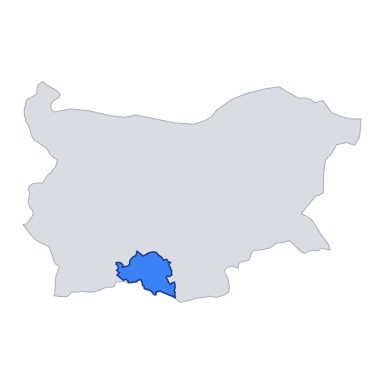 Smolyan on a map of Bulgaria (Mercator projection)
{"feature_id": "BGR-2236", "entity_name": "Smolyan", "entity_type": "Province", "adm_level": 1, "iso_a3": "BGR", "parent_name": "Bulgaria", "parent_adm1": "", "projection": "mercator", "projection_center": [24.659, 41.628], "detail": "fine", "context": "in_parent", "style": "filled", "palette": "blue", "viewbox_px": 384, "rotation_deg": 0, "n_neighbors": 0, "source": "natural_earth", "source_scale": "10m", "svg_char_len": 3856}
<svg xmlns="http://www.w3.org/2000/svg" viewBox="0 0 384 384"><path d="M330.1,249.9L322.7,248.6L320.2,249.0L318.5,250.8L315.1,250.4L310.9,250.4L306.5,252.5L304.1,253.4L300.8,251.5L294.8,245.8L291.1,241.8L288.4,240.8L285.6,242.0L275.8,243.3L273.4,245.7L268.9,248.2L264.3,249.4L257.8,250.3L254.3,250.2L252.4,251.4L250.7,255.1L249.6,258.8L248.7,260.2L240.5,262.0L238.7,264.1L238.2,266.2L238.4,268.2L231.8,266.2L226.8,267.6L225.6,269.1L224.6,271.4L225.1,273.8L227.0,276.1L228.8,282.3L229.4,288.6L228.3,292.2L224.6,294.7L216.8,297.5L209.3,296.1L206.0,297.3L200.5,297.6L195.4,298.3L187.5,300.9L180.4,302.4L174.1,297.2L166.5,293.6L158.5,291.5L155.8,293.1L154.6,294.3L147.9,289.7L145.0,288.0L143.5,286.3L140.8,280.1L139.1,279.9L133.6,282.2L128.4,282.1L125.2,281.7L115.7,281.9L114.5,286.1L113.3,286.8L111.3,287.3L106.2,287.1L99.8,290.2L92.9,292.1L87.6,292.1L82.0,291.2L78.7,291.9L71.5,292.2L67.0,296.7L59.9,296.5L54.0,295.7L54.7,294.3L55.9,276.3L58.9,268.2L58.8,266.5L58.1,265.3L55.5,264.0L53.6,259.6L49.7,248.1L47.5,245.7L41.4,243.3L36.0,240.0L31.4,235.6L23.0,224.7L27.3,223.6L28.5,221.4L32.8,215.4L33.2,212.4L32.8,210.8L30.0,207.9L28.0,201.6L29.5,195.6L29.6,192.6L28.2,189.6L29.7,185.8L32.7,183.8L34.6,183.2L42.6,182.8L47.7,175.2L50.8,172.8L54.0,168.5L55.4,167.0L56.8,163.6L57.3,160.2L51.0,155.5L48.8,151.9L46.0,147.9L42.1,145.1L34.4,140.4L31.4,135.6L30.1,129.4L28.0,124.6L25.8,121.6L25.4,119.0L24.4,116.0L24.2,109.9L26.0,101.8L27.2,99.0L29.8,98.2L36.8,93.9L37.1,88.3L38.3,84.9L40.6,82.9L42.6,81.6L46.4,84.8L55.6,89.9L60.1,93.7L59.9,96.0L57.8,98.3L53.8,100.5L51.4,103.5L50.8,107.1L51.4,109.7L54.2,112.0L70.7,109.0L87.5,110.5L110.0,115.6L125.0,117.3L136.0,115.0L156.5,119.2L175.5,123.1L193.8,124.2L204.0,121.2L211.2,117.0L217.4,109.3L232.7,99.0L247.5,93.2L266.9,88.5L279.8,86.9L281.7,88.5L298.2,98.0L305.5,98.0L311.4,99.7L313.6,102.2L315.1,102.8L323.0,100.5L326.5,105.7L332.0,112.9L341.3,116.6L349.6,118.7L352.2,119.0L361.0,118.9L359.7,136.9L354.5,145.3L346.6,142.5L336.5,144.8L331.2,154.3L328.1,157.1L325.4,160.4L323.7,172.6L323.3,192.7L319.4,195.1L315.9,195.8L301.4,213.4L309.8,218.3L313.5,222.0L319.6,232.4L328.3,244.2L330.1,249.9Z" fill="#d9dde1" stroke="#a8b0b8" stroke-width="1"/><path d="M128.7,282.8L128.2,282.6L128.1,282.2L128.3,281.6L128.2,281.0L127.1,280.3L126.3,279.3L125.3,279.4L124.3,279.9L123.4,280.4L116.9,274.9L118.3,274.0L119.4,272.7L117.9,271.7L117.4,270.8L116.6,270.4L118.2,268.7L118.1,266.4L117.3,265.3L116.3,264.5L116.1,262.7L118.1,262.4L120.8,262.8L122.9,264.8L122.7,266.1L122.3,267.4L123.3,267.5L124.3,266.5L127.4,266.4L129.7,264.3L129.8,260.9L132.1,257.7L133.6,256.7L135.7,255.7L136.5,253.3L137.1,251.3L143.2,256.0L145.7,254.8L148.4,253.0L151.2,252.2L153.9,251.9L156.5,252.6L158.5,255.2L160.9,256.7L162.2,257.9L163.3,259.9L165.0,259.8L166.5,259.3L168.5,262.1L169.6,262.1L170.5,262.5L169.5,263.6L168.9,265.0L169.5,266.3L170.4,267.6L171.0,270.0L171.8,270.8L171.4,272.2L171.5,273.9L171.9,274.5L171.7,275.1L170.4,276.1L168.9,276.5L167.6,276.2L166.5,276.7L166.5,278.3L167.5,279.6L168.3,281.8L169.4,283.9L170.7,284.5L171.6,283.0L174.5,282.2L175.1,285.5L174.8,286.5L175.1,287.1L174.9,288.9L174.1,290.5L174.6,291.4L175.2,292.3L174.9,292.9L174.8,293.6L175.2,297.0L175.2,297.8L173.1,296.8L172.9,296.6L172.5,295.9L172.4,295.7L172.1,295.7L171.2,295.9L162.3,292.1L160.7,291.1L160.0,291.0L159.4,291.1L158.3,291.5L156.2,291.7L156.0,292.6L156.2,293.9L155.7,294.9L154.6,294.9L153.4,293.8L151.6,291.4L150.6,290.5L149.6,290.0L148.5,289.8L147.3,289.8L147.6,289.1L145.7,289.2L145.0,289.0L144.1,288.2L144.1,287.9L144.2,287.1L144.2,286.8L144.0,286.5L143.4,286.2L143.2,286.0L142.9,285.6L142.7,285.3L142.4,285.0L142.3,284.4L142.1,282.4L141.4,280.5L140.3,279.4L138.8,280.1L137.6,280.3L136.5,281.9L135.7,282.1L134.5,281.9L133.7,282.0L131.9,282.5L131.4,282.6L129.9,282.4L129.5,282.5L129.1,282.7L128.7,282.8Z" fill="#3b82f6" stroke="#1e3a8a" stroke-width="1.5"/></svg>